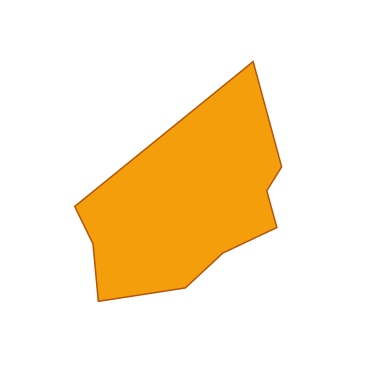 Pedra Preta, Rio Grande do Norte, Brazil, rotated 213°
{"feature_id": "56859067B59670675388147", "entity_name": "Pedra Preta", "entity_type": "district", "adm_level": 2, "iso_a3": "BRA", "parent_name": "Brazil", "parent_adm1": "Rio Grande do Norte", "projection": "robinson", "projection_center": [-36.101, -5.53], "detail": "fine", "context": "isolated", "style": "filled", "palette": "amber", "viewbox_px": 384, "rotation_deg": 213, "n_neighbors": 0, "source": "geoboundaries", "source_scale": "gbopen_adm2", "svg_char_len": 325}
<svg xmlns="http://www.w3.org/2000/svg" viewBox="0 0 384 384"><g transform="rotate(213 192 192)"><path d="M145.3,108.0L132.9,157.6L101.5,208.4L130.0,233.8L130.5,261.9L135.9,266.7L161.1,289.3L211.8,334.7L217.9,315.6L282.5,116.0L246.8,94.6L211.0,49.3L145.3,108.0Z" fill="#f59e0b" stroke="#b45309" stroke-width="1.5"/></g></svg>